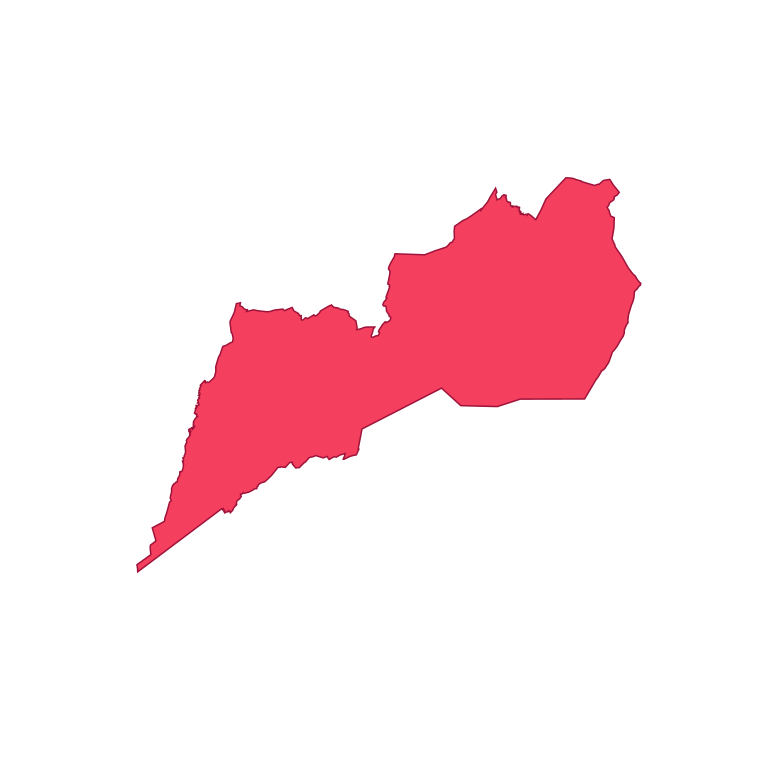 Eglaines pag., Ilukstes, Latvia, rotated 309°
{"feature_id": "27541924B72731391973761", "entity_name": "Eglaines pag.", "entity_type": "district", "adm_level": 2, "iso_a3": "LVA", "parent_name": "Latvia", "parent_adm1": "Ilukstes", "projection": "equal_earth", "projection_center": [26.014, 55.971], "detail": "fine", "context": "isolated", "style": "filled", "palette": "rose", "viewbox_px": 768, "rotation_deg": 309, "n_neighbors": 0, "source": "geoboundaries", "source_scale": "gbopen_adm2", "svg_char_len": 6168}
<svg xmlns="http://www.w3.org/2000/svg" viewBox="0 0 768 768"><g transform="rotate(309 384 384)"><path d="M551.0,339.6L546.7,342.5L541.2,347.3L539.2,347.3L537.5,347.9L535.5,346.6L532.2,346.6L529.5,346.2L520.1,340.1L510.0,334.3L492.1,310.6L489.4,311.9L481.9,313.1L477.7,314.2L476.2,315.1L475.5,317.7L472.5,319.6L464.1,324.0L464.4,326.2L463.1,326.7L462.7,327.4L452.7,330.9L452.7,332.2L452.2,332.0L450.5,332.4L447.9,332.3L445.3,333.0L444.6,333.7L444.4,334.5L444.6,335.1L445.5,336.0L445.6,336.7L442.1,340.3L440.8,344.7L440.2,345.0L439.8,345.8L440.3,347.0L439.3,347.9L438.0,348.5L435.7,348.3L433.2,347.2L433.0,346.8L433.4,346.3L432.9,345.7L429.2,345.5L422.7,346.2L421.1,346.9L421.0,348.4L418.6,349.0L417.8,348.8L416.1,347.3L413.2,345.9L412.8,345.3L413.0,343.9L417.2,342.5L418.6,341.6L420.1,341.1L422.5,341.0L417.4,334.7L415.2,332.8L412.9,331.6L409.1,328.8L410.8,327.7L415.4,322.4L414.9,314.4L416.6,312.5L416.9,310.9L417.8,310.6L417.6,309.1L416.0,304.9L415.0,303.9L414.7,303.1L414.2,300.5L412.0,296.7L412.4,293.4L411.4,293.1L410.7,292.4L400.7,288.6L399.2,289.0L397.4,289.0L396.5,288.6L395.4,288.7L393.9,287.9L393.2,287.0L393.7,286.3L393.5,285.9L387.2,283.7L386.5,283.1L386.6,282.5L386.0,281.3L383.1,280.8L382.2,280.3L381.9,279.4L382.2,278.9L383.8,277.9L384.3,276.8L385.0,276.6L384.3,275.7L384.5,275.6L384.2,274.2L384.9,273.5L385.0,273.0L384.6,272.5L384.7,271.7L384.1,268.0L385.7,264.4L378.2,260.3L378.6,258.3L372.5,252.3L368.2,249.5L366.3,247.3L362.7,241.7L360.4,237.8L359.7,236.1L353.9,231.6L355.7,231.0L354.9,230.2L354.4,227.9L354.8,225.0L354.0,222.8L356.8,221.3L353.5,218.7L345.5,222.6L335.7,225.0L334.1,226.4L327.7,233.1L327.8,234.1L324.3,238.3L321.5,239.6L320.8,239.6L319.2,238.6L314.1,236.7L312.8,235.6L311.4,235.2L303.8,238.0L300.8,238.5L294.6,241.0L291.5,242.4L287.8,245.5L283.4,247.5L281.6,247.9L275.1,246.9L274.6,246.4L274.3,245.4L272.7,244.4L274.0,243.1L273.8,242.5L267.5,242.0L267.3,243.0L264.5,243.5L264.1,244.4L262.4,244.3L261.6,245.5L260.7,245.6L260.3,246.1L260.9,246.9L259.7,247.5L259.3,247.5L259.1,247.0L258.5,247.0L258.8,247.9L258.2,248.2L257.9,248.7L256.7,248.7L256.7,249.4L254.4,249.3L253.9,249.6L253.4,250.7L252.7,251.0L251.9,251.0L252.2,252.3L251.3,253.2L250.6,253.2L249.5,252.2L249.2,251.5L248.8,251.6L248.3,252.2L248.6,252.3L248.6,253.0L247.1,253.2L246.8,252.8L246.4,252.8L245.9,253.1L246.0,253.5L242.0,255.1L242.2,255.8L242.0,256.4L242.4,256.5L242.7,257.6L241.0,258.7L241.3,259.4L238.0,259.1L234.7,259.7L234.5,260.2L233.5,260.5L233.2,261.1L232.1,261.5L232.2,262.0L230.5,262.7L230.4,263.1L231.4,263.6L230.0,263.9L228.4,263.6L229.2,262.4L228.9,261.9L226.8,262.0L226.6,261.1L225.9,260.9L225.6,261.4L224.7,261.7L224.5,262.2L225.9,262.5L225.1,263.0L224.5,262.8L224.1,263.2L225.0,264.0L222.8,264.4L222.5,264.7L222.7,265.2L222.5,265.6L220.6,265.6L219.7,265.8L217.2,265.6L215.7,266.0L214.8,267.1L214.0,267.6L212.7,267.7L211.8,268.2L210.7,268.3L206.8,272.1L205.1,273.2L202.3,274.0L201.6,274.6L200.4,274.7L199.9,274.2L199.3,275.3L198.4,276.3L197.2,275.9L196.9,276.4L197.1,276.5L197.0,277.1L196.1,277.5L196.2,278.0L195.6,278.7L195.0,278.7L194.0,279.7L191.4,281.2L189.1,281.8L188.3,281.8L188.1,281.1L187.1,280.6L185.7,282.0L184.9,282.2L184.7,282.6L180.8,283.2L177.7,284.9L176.9,284.1L175.6,284.2L174.2,283.5L173.5,283.6L173.0,284.0L172.4,283.5L169.6,284.5L168.2,285.3L166.7,286.7L162.6,288.6L160.7,289.8L159.3,292.2L157.3,291.7L147.8,295.9L142.2,298.0L139.1,299.8L126.4,294.4L118.6,305.5L111.7,303.9L109.5,305.4L104.6,310.2L88.1,305.7L85.6,308.5L83.0,310.8L184.7,336.3L184.6,336.6L185.9,337.4L184.7,338.1L185.6,339.2L184.0,339.9L184.3,340.7L183.7,341.4L184.9,341.8L186.4,343.0L187.8,343.0L187.4,344.1L188.1,344.6L187.4,345.6L190.8,345.9L193.0,345.1L196.4,345.3L197.0,344.9L197.2,345.0L197.0,345.4L197.5,345.4L198.9,344.0L200.7,343.3L204.2,344.2L205.1,343.7L206.2,344.0L206.8,343.8L207.7,342.0L208.0,341.8L208.4,342.5L209.2,342.9L210.9,342.9L210.9,344.0L214.9,347.0L219.5,349.0L221.1,349.2L222.4,350.8L223.1,350.8L224.2,350.0L225.5,350.3L226.8,349.7L230.0,350.8L233.0,352.9L241.8,354.1L252.5,354.1L253.3,354.7L253.7,355.6L254.9,356.2L257.1,359.8L263.5,360.1L265.5,362.0L265.4,362.4L264.2,362.9L263.2,368.2L265.8,370.8L271.8,371.4L274.7,372.1L279.0,372.1L280.5,372.6L282.9,374.7L285.4,376.0L288.4,383.4L291.8,385.2L290.8,388.9L295.9,390.8L297.3,393.1L300.8,394.3L305.5,397.5L302.5,398.9L300.4,399.3L299.9,399.6L300.2,400.2L306.3,403.1L309.3,405.2L311.5,407.1L317.5,405.5L317.7,405.3L317.4,404.7L335.2,395.2L417.0,431.3L415.5,457.3L437.8,486.3L458.0,499.4L498.6,549.3L520.3,546.1L523.9,546.0L531.1,544.9L533.2,545.6L535.0,545.8L540.1,545.3L542.8,544.9L552.6,541.4L555.2,541.6L560.4,541.4L567.4,540.2L571.8,539.8L574.9,538.6L577.4,536.7L582.7,535.2L585.4,535.0L587.0,533.4L591.4,530.6L601.0,526.6L604.3,525.7L607.8,524.2L613.7,520.4L617.2,520.9L620.2,520.6L622.0,521.1L623.0,520.4L623.5,520.5L623.9,520.0L623.8,518.7L624.4,515.7L626.0,511.2L626.2,507.8L627.9,500.9L632.8,488.5L636.1,477.2L637.3,476.0L640.3,469.9L649.6,464.7L658.2,458.3L657.2,454.4L659.7,450.6L660.2,450.2L661.8,446.1L663.7,446.3L666.9,445.3L671.6,446.6L673.0,446.3L673.8,445.1L676.6,445.8L677.3,446.3L681.0,446.2L683.0,436.8L684.7,432.0L685.0,430.6L680.4,426.5L674.5,425.4L673.8,424.5L670.9,422.8L665.7,410.5L665.9,409.7L663.6,404.3L663.1,402.4L661.7,399.7L658.7,395.6L629.8,393.4L617.6,396.6L607.2,398.5L607.4,392.8L607.2,389.5L606.9,388.8L605.2,389.0L605.6,388.0L605.4,387.5L604.5,387.1L603.2,385.7L604.0,384.7L602.8,384.4L601.9,383.6L601.9,383.2L602.9,383.4L603.1,383.2L602.9,382.8L602.3,382.6L602.4,382.2L604.0,381.9L604.0,381.6L603.5,381.1L603.9,380.9L603.5,380.4L603.5,380.1L606.6,378.2L606.5,377.5L605.0,376.7L605.8,375.6L605.7,375.2L605.0,374.8L604.1,373.8L604.0,373.0L602.4,372.5L602.3,372.1L603.0,371.6L602.2,370.9L602.5,370.5L602.6,369.6L604.2,368.5L604.5,368.0L604.5,367.3L603.6,366.5L603.7,365.7L603.4,365.2L603.5,364.4L605.7,361.5L605.6,360.9L607.2,360.6L607.4,360.2L607.0,359.1L606.3,358.7L606.6,358.4L606.4,358.0L605.8,358.0L604.4,357.4L601.7,357.7L600.5,357.3L599.4,356.3L598.2,356.0L601.6,351.3L604.1,351.0L606.4,347.5L596.1,348.9L590.8,349.9L580.2,350.0L581.2,349.2L569.3,345.9L564.3,344.3L560.9,342.5L551.0,339.6Z" fill="#f43f5e" stroke="#9f1239" stroke-width="1.5"/></g></svg>